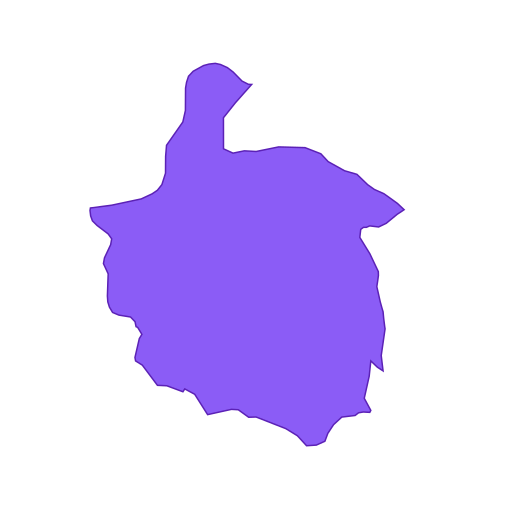 the district of Kaesong City, Hwanghae-bukto, North Korea, rotated 348°
{"feature_id": "82179303B5428034439323", "entity_name": "Kaesong City", "entity_type": "district", "adm_level": 2, "iso_a3": "PRK", "parent_name": "North Korea", "parent_adm1": "Hwanghae-bukto", "projection": "natural_earth1", "projection_center": [126.564, 37.948], "detail": "fine", "context": "isolated", "style": "filled", "palette": "violet", "viewbox_px": 512, "rotation_deg": 348, "n_neighbors": 0, "source": "geoboundaries", "source_scale": "gbopen_adm2", "svg_char_len": 1656}
<svg xmlns="http://www.w3.org/2000/svg" viewBox="0 0 512 512"><g transform="rotate(348 256 256)"><path d="M287.4,87.3L284.3,86.5L278.7,82.0L271.9,71.3L267.2,65.8L261.1,61.3L256.2,59.1L249.9,58.5L244.3,58.8L233.0,62.2L227.4,66.1L224.2,71.6L222.0,77.1L217.2,99.0L212.3,109.7L191.5,129.1L188.3,139.8L184.7,156.2L178.8,166.6L173.2,171.2L167.3,173.6L155.6,176.3L142.5,176.3L125.5,176.3L104.0,174.6L103.1,176.9L102.6,182.4L103.3,187.6L106.9,193.1L116.0,203.7L118.4,209.2L116.2,214.7L107.4,226.3L105.2,231.7L107.7,242.7L102.3,264.3L101.5,270.1L102.0,275.6L104.0,281.4L109.6,285.3L120.6,289.6L124.0,295.1L124.0,300.2L125.4,301.2L128.1,308.9L124.7,312.5L116.5,330.1L116.4,333.6L122.1,339.1L132.7,362.0L141.8,364.4L156.3,373.6L158.7,371.2L167.3,378.5L172.8,393.3L175.7,401.1L200.1,400.9L206.7,402.7L215.3,412.2L222.6,413.5L249.2,431.0L259.1,440.4L262.6,446.3L266.0,452.1L275.7,453.5L284.9,451.5L289.4,444.4L296.8,437.1L306.4,431.4L319.8,432.6L323.7,430.7L328.5,430.9L334.8,432.6L336.2,430.9L332.3,417.7L341.7,397.2L346.5,382.5L351.6,390.0L356.4,394.8L357.2,385.8L357.8,379.4L367.1,354.1L367.2,352.0L367.9,343.8L368.7,337.0L368.4,333.3L368.0,326.7L367.9,317.5L367.8,311.1L369.9,305.5L371.7,300.5L372.4,296.7L370.7,289.5L367.9,277.7L361.4,259.4L364.0,251.7L367.1,250.3L368.4,250.6L369.9,250.9L373.5,250.2L382.0,253.1L390.2,251.1L395.8,248.2L402.9,244.5L406.6,243.1L410.5,241.5L405.3,234.0L399.7,227.8L394.1,221.7L385.6,215.5L380.0,209.4L371.7,197.1L360.3,191.0L346.2,178.7L340.7,169.5L326.5,160.2L305.8,155.2L300.8,154.0L277.9,153.8L266.4,150.7L254.9,150.6L246.5,144.4L252.9,114.0L267.6,101.9L287.4,87.3Z" fill="#8b5cf6" stroke="#5b21b6" stroke-width="1.5"/></g></svg>